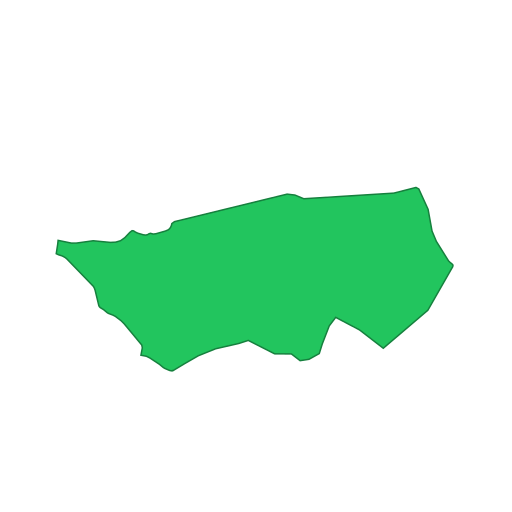 SVG path tracing the border of Mayo-Kebbi Ouest, rotated 124°
{"feature_id": "TCD-4858", "entity_name": "Mayo-Kebbi Ouest", "entity_type": "Prefecture", "adm_level": 1, "iso_a3": "TCD", "parent_name": "Chad", "parent_adm1": "", "projection": "robinson", "projection_center": [14.975, 9.209], "detail": "fine", "context": "isolated", "style": "filled", "palette": "green", "viewbox_px": 512, "rotation_deg": 124, "n_neighbors": 0, "source": "natural_earth", "source_scale": "10m", "svg_char_len": 1302}
<svg xmlns="http://www.w3.org/2000/svg" viewBox="0 0 512 512"><g transform="rotate(124 256 256)"><path d="M204.9,83.2L261.3,98.9L259.4,128.9L262.3,155.6L273.0,156.2L291.8,151.9L301.5,149.0L312.0,154.3L318.1,160.9L317.4,171.9L326.7,185.9L330.3,215.2L338.1,221.3L355.5,237.6L370.9,248.0L385.2,255.0L397.7,260.8L397.6,261.1L397.7,261.4L398.4,261.7L398.8,262.6L399.2,263.6L400.2,268.7L400.3,270.5L399.8,275.5L399.9,287.0L400.4,290.8L402.6,295.9L395.7,298.9L393.7,300.9L385.9,327.5L385.1,331.6L384.7,338.8L385.0,341.5L385.8,344.9L386.1,346.2L386.2,347.5L385.7,352.4L385.9,356.2L385.6,357.6L385.0,358.6L374.3,370.3L372.8,372.4L372.1,373.9L364.2,411.2L364.0,413.2L364.2,415.8L364.4,417.0L365.4,420.3L365.8,422.9L357.1,427.0L353.7,428.8L348.5,416.2L345.6,412.0L334.4,399.5L326.2,384.4L323.0,380.1L319.0,376.8L314.1,375.0L306.9,373.8L304.3,372.9L303.6,371.5L303.6,369.4L303.2,366.8L301.4,361.2L300.3,359.1L298.9,357.8L297.5,357.2L296.2,356.2L295.3,353.5L293.5,351.4L285.9,345.0L283.2,343.3L281.4,342.9L279.7,342.9L278.0,343.2L276.2,343.9L273.1,342.8L230.2,303.8L187.3,264.8L183.7,257.8L181.8,248.4L126.8,176.9L109.7,161.7L109.4,158.5L121.1,139.4L136.9,124.0L143.0,114.7L152.4,93.6L152.8,91.4L152.9,89.3L153.4,87.6L154.9,86.9L157.8,86.7L204.9,83.2Z" fill="#22c55e" stroke="#15803d" stroke-width="1.5"/></g></svg>